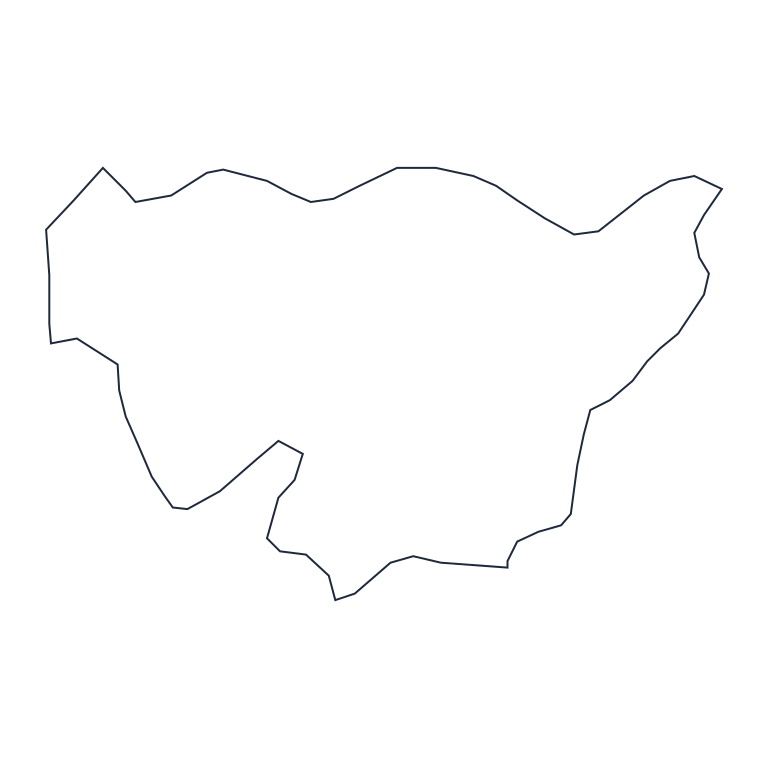 Cheorwon-gun, Gangwon, South Korea (Mercator projection)
{"feature_id": "91817680B73346878676901", "entity_name": "Cheorwon-gun", "entity_type": "district", "adm_level": 2, "iso_a3": "KOR", "parent_name": "South Korea", "parent_adm1": "Gangwon", "projection": "mercator", "projection_center": [127.362, 38.202], "detail": "fine", "context": "isolated", "style": "outline", "palette": "slate", "viewbox_px": 768, "rotation_deg": 0, "n_neighbors": 0, "source": "geoboundaries", "source_scale": "gbopen_adm2", "svg_char_len": 1020}
<svg xmlns="http://www.w3.org/2000/svg" viewBox="0 0 768 768"><path d="M721.9,189.0L694.3,176.0L669.9,180.9L643.9,195.5L598.4,231.3L574.1,234.5L544.8,218.3L517.2,200.4L496.1,185.8L473.4,176.0L436.0,167.9L397.0,167.9L359.6,185.8L333.6,198.8L310.9,202.0L291.4,193.9L267.0,180.9L223.2,169.6L206.9,172.8L171.2,195.5L135.4,202.0L125.7,190.7L102.9,167.9L73.7,200.4L46.1,229.7L49.3,275.2L49.3,306.0L49.3,323.9L51.0,343.4L76.9,338.5L117.6,364.5L119.2,390.5L125.7,416.5L137.1,442.5L149.8,472.1L151.7,476.6L164.7,496.1L172.8,507.5L187.4,509.1L219.9,491.2L257.3,458.7L278.4,440.9L302.8,453.9L294.6,479.9L278.4,497.7L267.0,538.3L280.0,551.3L306.0,554.6L328.8,575.7L335.3,600.1L354.8,593.6L390.5,562.7L413.2,556.2L440.9,562.7L507.5,567.6L507.5,561.1L517.2,541.6L538.3,531.8L561.1,525.3L570.8,514.0L577.3,465.2L583.8,434.4L590.3,410.0L609.8,400.2L632.6,380.8L647.2,361.3L660.2,348.3L678.1,333.6L691.1,314.1L704.0,294.6L708.9,273.5L699.2,257.3L694.3,232.9L704.0,215.0L721.9,189.0Z" fill="none" stroke="#1e293b" stroke-width="2"/></svg>